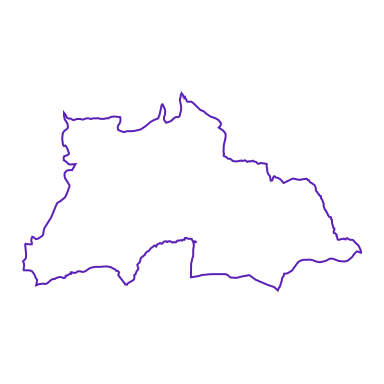 the district of Kabalo, Katanga, Democratic Republic of the Congo
{"feature_id": "63176286B58583497580401", "entity_name": "Kabalo", "entity_type": "district", "adm_level": 2, "iso_a3": "COD", "parent_name": "Democratic Republic of the Congo", "parent_adm1": "Katanga", "projection": "natural_earth1", "projection_center": [26.919, -6.185], "detail": "fine", "context": "isolated", "style": "outline", "palette": "violet", "viewbox_px": 384, "rotation_deg": 0, "n_neighbors": 0, "source": "geoboundaries", "source_scale": "gbopen_adm2", "svg_char_len": 5894}
<svg xmlns="http://www.w3.org/2000/svg" viewBox="0 0 384 384"><path d="M203.7,111.3L200.4,110.0L193.5,103.3L192.8,102.7L191.2,101.7L189.6,101.7L187.8,101.8L186.7,101.2L186.4,99.6L185.4,98.3L184.8,98.4L184.5,98.4L185.0,97.0L184.9,96.7L183.4,96.8L183.3,95.6L181.8,93.6L181.8,94.4L180.8,94.5L180.6,97.2L180.0,98.8L179.9,100.5L181.1,106.2L181.2,107.9L181.0,110.3L180.4,112.8L179.7,115.7L179.2,116.7L177.6,117.1L175.8,117.1L174.4,117.9L170.8,121.2L166.1,122.7L163.9,119.7L164.1,116.8L165.0,114.6L165.2,110.8L164.9,109.3L162.6,104.3L162.2,104.3L161.5,105.4L161.0,108.3L159.5,114.9L158.7,116.7L158.3,118.3L153.6,120.2L152.1,121.1L150.4,122.0L148.5,123.7L145.7,126.1L140.8,129.4L134.0,131.0L131.1,131.2L126.9,131.2L124.0,132.2L120.6,131.0L118.1,129.8L117.7,127.3L118.2,125.4L119.6,123.5L120.4,121.1L120.5,119.0L120.1,117.1L113.8,116.5L110.5,117.1L108.2,118.4L106.7,118.2L104.5,118.8L102.9,118.9L99.9,118.8L98.4,118.2L97.3,118.3L93.5,118.3L92.4,118.6L90.9,119.0L88.3,118.3L86.4,118.3L84.2,119.2L82.5,119.6L80.4,119.0L78.0,119.0L76.3,119.1L74.2,120.0L72.7,119.9L70.7,118.6L68.2,118.5L67.0,117.6L65.2,114.3L64.0,112.8L64.0,114.2L64.0,115.9L64.8,119.4L66.1,121.4L67.0,122.8L67.7,124.7L67.9,127.1L67.4,128.6L64.4,130.8L62.8,133.2L62.2,138.6L63.0,144.9L64.0,146.1L65.4,145.5L66.1,146.4L67.5,149.0L69.0,153.6L68.5,154.4L67.0,155.3L64.3,156.2L63.7,157.2L63.7,160.2L64.3,160.3L66.9,162.4L68.6,164.1L70.2,164.5L75.5,164.1L72.1,170.1L69.8,170.1L67.4,170.4L65.7,171.7L64.6,173.3L64.5,175.7L65.1,178.3L66.3,180.1L69.4,185.1L69.5,186.3L68.6,188.9L66.8,193.8L65.0,197.4L60.7,200.9L57.4,202.9L55.8,206.0L53.1,212.8L51.2,217.3L49.9,219.4L44.5,228.0L43.9,229.8L43.2,234.2L42.6,235.6L40.8,236.9L38.2,238.6L36.0,239.1L34.4,238.1L33.6,237.2L32.3,236.8L31.7,238.0L31.2,240.6L31.9,242.9L31.8,244.2L30.3,244.4L28.0,244.2L25.5,243.8L25.2,244.7L26.1,254.2L25.9,258.0L24.9,259.5L23.0,261.3L23.7,262.6L24.2,265.7L23.7,268.0L23.7,270.2L26.6,270.4L28.8,270.3L31.7,271.0L32.9,272.4L34.3,274.4L36.0,278.4L37.1,279.8L36.7,283.1L36.2,285.3L38.9,284.2L40.8,283.9L42.4,283.7L45.8,283.9L47.4,283.2L51.2,279.9L52.7,279.1L55.0,278.9L56.3,278.0L59.5,277.0L61.0,277.1L61.6,277.4L62.9,277.6L63.7,278.1L64.9,277.7L65.4,277.4L65.6,275.9L66.1,275.5L67.4,275.5L70.0,273.6L71.3,273.9L71.6,273.4L71.0,272.6L71.1,272.2L74.6,272.9L75.8,272.8L77.8,271.3L80.7,271.3L82.1,272.0L83.7,271.8L85.4,271.2L89.9,268.1L91.0,267.7L95.1,266.9L99.8,266.9L105.7,266.4L108.7,266.7L110.9,267.2L114.0,269.0L115.1,269.3L116.2,270.8L117.7,270.9L118.9,272.1L119.1,272.7L118.3,274.8L118.4,275.5L119.1,276.2L124.3,283.0L124.8,283.4L125.0,284.3L127.1,284.7L127.4,283.7L129.9,282.0L132.1,280.9L133.6,279.8L134.1,279.0L134.5,276.3L134.2,275.3L134.4,274.8L135.5,274.3L136.7,271.0L137.3,270.4L138.3,269.0L138.2,267.4L137.8,266.8L137.3,264.7L138.2,263.7L139.4,262.8L140.4,260.0L140.7,258.1L142.2,256.9L145.0,254.7L145.4,253.3L147.1,251.7L148.9,250.9L150.7,248.4L152.9,246.8L154.2,245.6L155.0,245.5L155.7,246.4L156.2,246.6L157.4,244.4L160.1,243.1L160.5,243.5L161.6,243.4L162.1,243.7L163.8,241.7L165.3,241.3L166.2,241.3L166.9,242.0L167.6,242.0L168.0,241.4L170.2,241.2L172.5,242.6L173.9,242.1L175.4,242.4L176.1,242.2L176.5,241.3L177.0,241.2L178.0,240.4L179.1,240.7L180.6,240.1L181.0,240.2L181.8,240.7L182.6,239.9L184.6,239.8L184.9,239.1L184.6,238.4L185.0,237.9L186.8,238.1L188.6,238.9L189.4,238.8L191.6,238.8L192.7,241.2L193.1,241.4L194.1,241.3L194.4,241.3L195.0,241.3L195.8,242.0L195.0,242.4L194.0,241.9L193.3,242.0L193.4,242.8L193.9,245.5L193.2,249.7L193.2,256.3L193.0,256.6L192.4,258.2L191.2,263.5L191.1,265.9L190.9,277.3L198.6,276.1L201.9,275.0L209.2,274.3L213.5,274.1L225.2,274.1L227.7,275.0L229.3,276.6L230.5,277.5L236.5,277.9L242.6,276.3L247.0,275.6L248.1,275.2L249.2,275.2L250.8,276.2L255.6,279.7L267.5,284.8L271.0,286.0L274.2,287.1L277.8,290.4L279.2,287.2L279.8,286.9L280.5,284.7L281.9,280.0L282.0,278.5L283.8,275.5L284.1,273.7L286.9,273.5L288.7,272.6L292.0,270.6L294.7,266.8L297.0,263.6L298.7,261.7L300.7,260.6L303.6,259.8L306.6,259.8L309.4,259.6L312.9,260.2L315.3,261.3L319.9,262.2L322.4,261.7L325.6,260.9L330.2,258.6L333.0,258.8L336.4,260.1L339.4,261.1L344.1,261.5L346.7,261.1L349.2,259.6L352.2,256.9L354.0,254.3L355.6,252.5L356.2,251.9L357.0,251.4L357.6,251.4L359.2,252.2L360.9,252.7L361.0,251.7L360.3,249.4L359.0,246.5L358.0,244.9L356.0,243.4L353.5,240.5L352.5,239.9L349.9,239.7L349.0,239.4L347.3,238.2L346.5,238.3L345.7,239.4L345.0,239.3L344.1,238.7L343.5,238.7L342.9,239.1L341.6,239.0L339.1,239.8L338.0,239.7L337.9,239.6L337.6,239.4L336.8,236.0L336.5,235.9L336.6,234.9L335.3,233.3L333.9,233.0L333.7,232.4L333.8,230.5L334.4,229.9L334.4,228.7L334.2,228.2L333.7,228.2L333.2,227.7L333.0,225.7L332.3,224.3L332.0,222.8L332.0,220.5L331.9,219.7L331.2,219.3L331.1,217.8L330.8,217.1L329.7,217.1L328.6,216.1L325.9,210.6L325.3,210.3L324.7,209.1L323.6,206.0L323.7,203.6L323.3,202.9L322.4,200.2L321.1,198.3L320.8,196.0L319.9,195.8L319.2,195.3L318.9,194.2L317.7,193.2L317.4,192.2L316.3,191.3L315.8,189.9L315.8,188.2L315.1,186.0L313.9,184.6L309.7,181.9L309.1,180.4L307.5,179.9L307.1,178.9L306.1,178.8L303.1,179.2L299.6,179.9L296.0,179.2L293.0,178.6L291.4,179.2L283.7,183.0L282.7,182.0L280.8,179.6L278.0,177.9L275.9,177.5L274.4,176.2L273.4,177.0L272.2,180.4L270.7,180.7L269.9,176.1L268.2,174.0L267.3,171.6L267.1,168.7L266.6,166.3L266.8,164.7L266.6,163.9L265.6,163.9L264.3,163.4L263.9,163.4L262.2,163.3L261.1,163.0L260.4,163.0L259.3,163.7L257.7,163.7L256.6,162.4L255.7,161.8L254.1,161.6L253.0,160.7L250.3,161.5L249.7,161.1L249.1,161.2L247.3,161.9L246.3,161.0L244.9,160.3L244.4,160.5L244.1,160.6L243.8,160.7L241.8,160.9L241.2,160.5L236.5,161.5L232.7,161.0L231.6,159.8L230.1,158.9L227.8,158.6L225.6,156.6L224.8,156.5L224.6,156.4L223.6,155.8L223.8,154.8L224.0,153.3L223.5,152.3L223.8,145.3L225.6,137.4L225.6,133.8L223.3,130.7L218.7,127.6L220.1,126.2L221.0,124.3L220.5,122.6L218.6,120.1L215.1,118.1L210.6,116.6L205.9,113.4L203.7,111.3Z" fill="none" stroke="#5b21b6" stroke-width="2"/></svg>